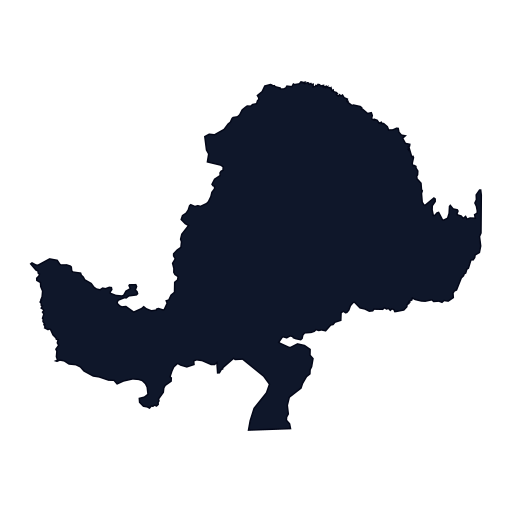 the district of Asante Akim North, Ashanti, Ghana
{"feature_id": "2480657B62831767110058", "entity_name": "Asante Akim North", "entity_type": "district", "adm_level": 2, "iso_a3": "GHA", "parent_name": "Ghana", "parent_adm1": "Ashanti", "projection": "orthographic", "projection_center": [-0.952, 6.841], "detail": "fine", "context": "isolated", "style": "filled", "palette": "ink", "viewbox_px": 512, "rotation_deg": 0, "n_neighbors": 0, "source": "geoboundaries", "source_scale": "gbopen_adm2", "svg_char_len": 5983}
<svg xmlns="http://www.w3.org/2000/svg" viewBox="0 0 512 512"><path d="M290.5,428.6L289.6,423.9L286.4,420.2L286.6,417.0L288.3,414.0L287.3,405.3L289.3,397.2L301.0,388.1L302.5,383.5L306.5,376.6L309.9,373.9L310.1,369.7L311.6,366.7L313.0,358.6L310.0,355.2L310.1,349.4L304.5,345.5L297.5,343.9L290.7,347.4L289.0,347.4L280.1,343.3L278.7,342.3L282.2,337.2L283.3,336.8L286.7,337.8L290.1,335.9L292.7,336.5L293.3,337.7L295.9,338.7L300.7,339.7L302.1,338.4L302.8,335.1L304.6,332.9L311.2,332.4L314.3,331.3L316.0,329.6L318.8,330.5L321.4,329.9L325.6,330.8L330.7,325.0L333.1,324.5L334.9,322.2L340.8,320.3L341.1,312.6L343.5,311.3L345.6,312.8L346.9,312.4L348.8,310.1L350.4,305.7L353.1,302.5L354.5,302.2L360.0,307.9L364.9,309.0L369.3,311.2L372.7,310.8L373.9,309.1L382.7,309.3L384.5,307.7L386.5,309.0L388.5,308.4L390.3,310.3L392.0,308.7L394.3,310.0L394.7,311.6L395.6,311.6L403.8,310.0L406.8,306.8L407.1,304.5L408.9,303.5L408.5,302.5L409.7,302.1L409.2,301.2L411.8,300.0L412.3,298.0L415.2,299.5L421.4,301.0L425.3,301.2L431.8,299.8L433.7,301.5L438.8,301.1L442.0,302.3L444.0,300.5L448.2,301.1L453.3,297.6L453.0,293.1L454.3,291.0L456.5,290.0L461.3,277.9L463.5,275.8L464.2,273.8L465.7,273.0L466.8,269.2L468.4,268.2L470.8,260.4L471.6,259.7L473.1,259.9L474.7,257.6L475.1,255.0L479.4,252.5L480.7,246.0L479.5,236.5L481.0,233.0L481.3,195.1L480.7,190.0L479.6,190.0L476.2,194.9L476.4,199.7L474.9,203.0L476.4,206.2L477.3,211.1L477.1,213.2L474.6,214.7L475.3,218.2L470.0,218.0L467.0,219.2L465.6,216.4L463.2,218.4L461.2,216.0L457.4,214.8L457.0,213.6L458.0,211.1L457.3,209.8L453.1,208.9L450.3,205.4L449.5,206.4L449.1,213.4L447.6,218.2L443.5,220.2L442.4,219.7L438.6,212.4L437.0,212.9L434.8,215.4L433.3,215.5L432.1,209.8L432.3,205.7L435.2,201.5L435.2,199.0L433.9,198.0L425.1,205.3L423.8,204.8L422.2,202.1L421.5,193.4L422.3,190.8L421.5,189.6L421.0,183.2L417.0,178.8L416.7,176.2L417.6,174.8L417.8,171.0L416.0,168.1L415.9,166.4L414.3,165.5L413.2,165.9L412.2,163.5L413.5,157.6L413.0,156.3L411.7,156.7L409.5,149.2L408.8,150.2L408.1,149.2L408.9,148.6L409.1,147.2L408.4,146.9L409.6,146.0L409.8,144.3L405.4,143.4L402.6,138.2L405.3,135.8L401.4,135.1L398.9,132.2L398.2,128.4L396.6,128.2L392.8,129.9L388.6,130.0L387.4,126.8L383.6,123.5L382.5,123.8L381.4,122.4L380.9,123.4L380.2,122.6L379.2,123.3L377.2,120.3L374.4,119.3L374.4,120.0L373.5,119.9L371.5,118.7L372.3,115.5L371.3,112.7L367.6,113.5L362.3,109.0L361.3,109.0L361.7,107.7L360.2,106.5L353.4,105.0L352.0,105.5L347.7,102.2L348.1,101.3L346.9,101.1L347.4,99.1L344.1,97.7L342.5,95.0L341.0,96.0L339.5,94.7L338.2,96.1L336.5,94.7L337.2,93.7L336.4,93.6L336.6,92.6L333.4,91.6L333.2,90.0L331.9,90.7L331.0,87.7L330.2,88.5L329.6,87.6L327.6,87.6L327.7,86.7L326.9,87.3L326.4,86.4L325.6,87.5L325.2,86.6L324.2,87.3L324.1,86.5L323.1,86.7L323.4,85.4L320.5,86.0L319.6,84.7L318.0,84.4L317.0,86.0L315.9,85.4L315.5,86.3L313.1,87.0L313.2,84.2L311.6,84.6L310.9,83.5L309.1,84.4L308.6,83.0L307.6,82.7L304.6,83.7L304.1,83.4L304.9,82.2L302.1,82.7L302.0,82.0L300.9,81.9L299.4,83.8L294.6,84.6L293.4,84.0L291.9,86.7L286.9,86.1L285.8,88.0L283.6,89.0L280.4,89.0L280.2,88.0L275.2,86.7L274.4,85.7L272.1,85.8L272.0,85.1L270.5,84.5L264.8,86.0L262.1,91.7L257.4,95.5L258.7,97.7L258.8,99.4L257.5,100.7L256.6,103.7L252.6,104.5L250.7,106.2L247.2,106.0L245.5,107.2L242.2,109.9L239.7,114.8L237.5,116.8L233.1,117.5L232.1,118.4L230.3,122.3L228.2,123.9L224.1,129.4L214.5,134.8L209.2,134.2L204.8,136.6L206.5,150.0L208.7,153.9L207.4,161.9L220.7,165.1L223.2,166.8L223.0,170.3L221.1,171.2L220.0,172.9L220.2,175.5L214.6,179.2L212.0,184.3L213.1,185.8L214.6,186.3L214.5,188.9L211.9,192.3L210.9,196.6L208.4,201.7L206.6,203.5L200.5,206.4L197.8,205.7L194.9,206.5L190.7,204.7L189.6,205.7L188.2,210.1L186.1,213.2L182.5,215.6L181.2,219.5L185.3,223.7L188.6,225.5L181.8,234.2L180.6,239.2L181.5,241.8L180.9,247.4L177.3,249.9L173.6,253.8L173.6,255.9L175.3,258.8L172.6,263.3L173.9,268.5L173.8,272.3L175.0,274.5L178.1,276.6L177.6,279.9L174.7,282.3L174.5,292.3L171.1,295.1L168.8,300.0L166.2,300.8L167.2,303.2L164.2,309.6L163.2,310.0L158.4,308.5L156.6,309.1L156.4,310.1L151.3,310.8L146.1,308.7L143.7,306.7L141.7,308.5L133.7,312.1L125.9,306.5L121.9,306.9L119.7,305.9L117.5,303.7L117.1,302.4L118.2,300.2L124.3,297.7L126.2,297.9L128.8,295.9L136.4,294.9L137.6,293.7L137.0,291.6L135.3,290.0L136.6,286.5L135.8,284.7L129.5,284.8L129.0,285.6L130.4,288.6L126.0,291.1L123.6,295.4L121.7,296.0L115.7,295.4L110.2,293.2L110.1,292.0L111.8,289.6L111.4,287.6L109.3,287.3L105.5,288.7L102.6,288.1L100.1,289.8L96.4,289.0L93.9,287.2L91.2,283.5L84.7,279.8L83.3,277.1L81.3,275.2L80.6,273.1L72.7,272.0L71.7,270.7L71.3,267.0L70.4,266.1L66.7,264.9L61.2,265.0L60.0,264.5L57.2,260.3L49.6,258.9L38.0,265.2L35.9,265.0L32.0,262.9L30.7,263.9L36.0,270.1L38.0,271.0L38.2,273.1L39.5,274.1L38.9,276.0L36.7,278.2L36.8,280.4L40.5,282.5L40.7,286.5L42.6,291.0L42.1,296.8L40.8,300.0L41.4,300.3L40.1,302.0L41.2,303.2L41.3,305.4L42.5,306.0L41.2,308.1L43.3,309.4L43.8,310.7L42.5,312.1L43.9,314.0L42.5,318.3L43.2,319.1L43.0,321.5L44.8,324.3L44.0,324.6L45.2,327.1L44.7,327.9L48.0,329.6L49.4,328.9L50.6,329.6L53.0,334.9L55.9,337.8L56.4,339.3L58.2,339.6L57.3,342.9L58.7,345.3L55.9,349.2L56.9,351.3L56.4,356.7L57.6,360.1L55.8,360.9L57.0,361.3L59.8,360.1L61.7,360.4L64.3,360.9L69.0,364.0L75.9,364.7L80.4,366.9L84.0,371.0L93.2,376.0L99.1,376.9L108.5,380.1L114.0,380.3L117.1,383.9L123.5,381.0L132.7,378.9L138.7,379.4L142.3,380.6L145.5,383.7L147.2,387.2L148.0,394.3L144.4,397.1L139.3,398.4L139.6,402.3L143.4,406.2L147.3,406.9L149.5,408.1L151.4,405.9L152.9,406.3L154.5,405.1L156.5,406.0L158.2,404.4L158.1,402.3L159.0,400.9L158.5,399.0L163.3,392.3L163.8,387.9L165.2,385.4L171.1,381.2L171.3,377.9L170.0,376.8L171.9,371.0L173.7,367.0L177.1,363.8L177.9,363.5L180.7,365.1L186.8,366.9L194.0,364.5L193.7,360.9L196.6,359.8L202.2,360.6L211.1,364.5L214.6,364.5L216.9,362.5L217.6,372.9L219.4,372.8L221.3,369.5L222.7,368.9L222.7,367.8L233.6,358.3L235.2,359.5L242.6,359.1L263.7,376.2L269.5,384.2L266.5,392.8L254.1,408.3L250.2,420.7L248.5,430.1L290.5,428.6Z" fill="#0f172a" stroke="#020617" stroke-width="1.5"/></svg>